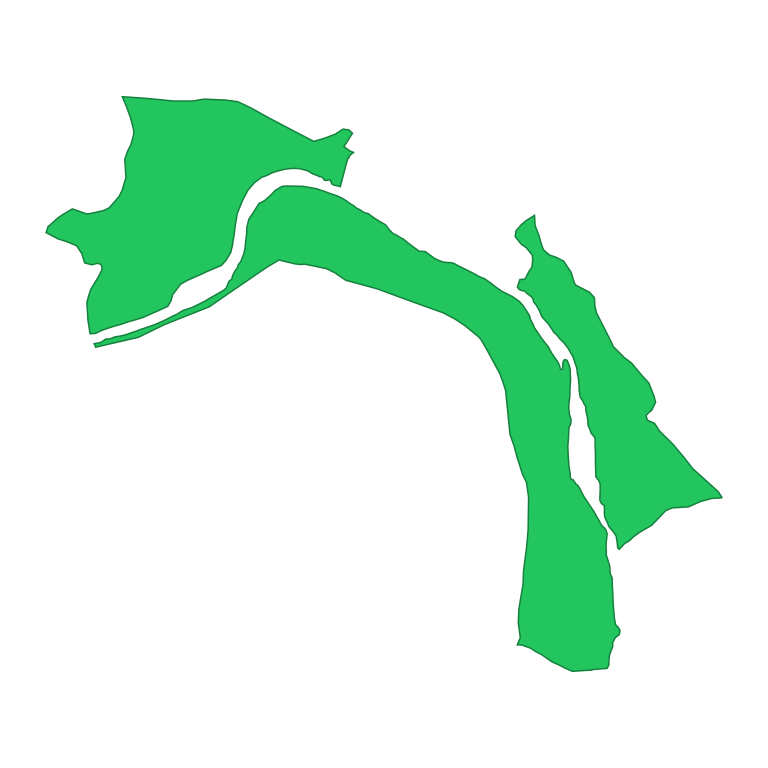 the district of Qina, Qina, Egypt
{"feature_id": "37247803B17837872993253", "entity_name": "Qina", "entity_type": "district", "adm_level": 2, "iso_a3": "EGY", "parent_name": "Egypt", "parent_adm1": "Qina", "projection": "orthographic", "projection_center": [32.69, 26.097], "detail": "fine", "context": "isolated", "style": "filled", "palette": "green", "viewbox_px": 768, "rotation_deg": 0, "n_neighbors": 0, "source": "geoboundaries", "source_scale": "gbopen_adm2", "svg_char_len": 6060}
<svg xmlns="http://www.w3.org/2000/svg" viewBox="0 0 768 768"><path d="M95.6,347.2L121.6,341.2L138.4,337.3L164.4,324.6L209.3,306.8L223.1,297.2L266.9,267.2L279.0,260.0L294.2,263.7L300.0,264.5L304.6,264.2L313.9,266.0L326.7,268.7L335.0,272.9L345.8,280.3L355.0,282.8L377.4,288.9L404.5,298.9L429.1,307.8L443.2,312.8L455.1,319.1L464.7,325.5L465.4,326.0L479.2,337.4L481.7,340.7L488.1,352.0L499.7,373.4L502.3,380.2L505.6,390.4L510.0,434.5L514.1,445.9L517.1,457.4L518.2,460.7L522.6,474.5L526.5,482.4L528.6,497.4L528.1,530.1L526.7,546.4L523.5,571.1L523.1,583.9L520.5,599.2L518.8,609.8L518.3,622.7L520.3,637.7L517.3,644.8L522.4,645.2L530.6,648.2L535.4,651.4L541.4,654.5L552.2,662.0L559.2,665.1L565.2,668.2L572.3,671.3L586.0,670.4L591.8,670.1L592.5,669.6L607.2,668.4L608.9,664.7L608.9,660.5L609.3,656.3L610.8,651.2L612.7,646.7L612.7,642.7L615.2,637.8L619.4,634.4L620.0,630.4L617.9,627.0L615.6,624.7L614.3,617.8L613.2,603.4L612.8,593.9L612.3,584.6L612.1,577.7L610.2,573.6L609.7,566.0L608.1,560.9L607.6,559.0L606.1,554.6L606.4,552.0L606.1,548.2L606.1,543.2L607.2,534.0L605.9,529.9L604.7,528.3L603.7,527.3L602.4,526.3L600.7,523.7L599.1,520.5L597.0,517.2L594.0,511.6L584.1,496.9L580.0,489.0L578.2,485.9L575.7,483.7L573.1,479.8L571.0,479.3L570.3,476.8L570.1,472.9L569.0,466.6L568.3,456.8L567.8,446.1L568.5,438.0L568.9,427.8L570.8,423.8L571.0,419.1L569.3,413.9L568.8,408.0L568.9,403.5L569.8,396.7L570.0,388.8L570.6,378.9L570.3,373.7L570.3,370.4L569.4,366.0L567.4,361.1L566.7,360.0L564.6,359.6L563.5,360.9L562.8,363.3L562.8,368.7L561.4,369.6L560.5,369.2L559.7,366.1L558.0,362.2L553.8,356.2L551.1,352.2L548.5,347.1L544.7,342.4L541.3,337.8L537.7,332.5L534.5,327.9L533.1,324.4L530.5,319.6L529.6,315.8L525.4,309.1L522.1,304.4L519.1,301.2L516.1,299.2L512.9,296.9L508.4,294.5L501.9,291.3L495.5,286.8L490.2,282.6L484.3,278.6L479.2,276.6L475.4,274.4L471.3,272.3L468.6,270.9L457.7,265.5L454.4,263.6L450.9,262.6L448.2,262.6L443.4,262.1L438.5,260.3L434.1,258.2L431.6,256.2L428.8,254.2L425.7,251.9L424.3,251.5L421.3,251.2L419.3,251.2L418.3,250.6L417.3,249.8L414.6,247.9L411.5,245.5L407.4,242.4L403.3,239.1L399.5,237.1L396.8,235.3L393.2,233.7L389.7,230.2L385.7,225.0L383.7,223.7L380.4,221.9L374.6,218.3L368.1,213.5L364.9,212.8L363.5,212.2L361.4,210.7L359.4,209.5L356.3,208.0L354.1,206.0L350.4,203.8L346.0,200.6L342.7,198.5L337.1,195.8L330.5,193.7L324.9,191.5L316.0,188.6L302.8,186.3L285.9,186.0L281.8,186.5L275.1,190.5L271.0,194.9L264.4,200.7L259.0,203.5L253.5,212.2L248.8,219.3L246.9,227.2L246.6,233.6L246.3,237.0L245.6,241.7L245.1,248.0L244.0,253.2L242.7,256.7L241.0,261.0L240.5,261.7L240.5,261.9L238.3,264.6L237.5,267.7L234.8,271.2L232.6,275.7L231.8,279.1L229.0,281.3L227.8,284.1L226.4,287.9L223.6,290.3L214.4,295.6L207.5,299.5L204.9,301.2L192.5,307.3L182.6,310.7L176.5,314.5L173.0,316.0L167.0,319.1L163.7,320.7L157.0,323.7L155.8,324.2L151.1,325.9L147.6,327.1L144.3,328.2L141.2,329.2L135.2,331.5L134.1,331.8L130.0,333.2L127.2,334.3L122.2,335.6L119.9,336.1L114.6,337.0L111.1,338.4L108.7,339.0L105.7,339.0L104.1,340.3L100.7,342.4L98.6,342.9L95.4,343.5L94.1,343.8L95.4,346.1L95.6,347.2ZM90.1,333.8L90.4,333.8L95.5,333.4L100.2,331.1L104.2,329.5L112.2,326.8L122.4,323.9L127.3,322.1L141.9,317.9L159.2,310.3L167.8,306.3L171.1,300.5L172.6,294.8L175.5,291.0L178.1,287.5L180.7,284.1L187.5,280.3L198.4,275.5L208.0,271.1L221.3,265.5L225.9,260.5L230.7,252.6L232.3,246.0L234.0,235.7L235.1,226.5L237.3,213.3L242.6,200.3L248.0,190.1L254.5,182.6L261.9,177.2L266.8,175.5L271.7,173.0L276.3,171.4L284.6,169.2L293.0,168.3L299.8,168.7L307.1,170.6L310.1,172.2L312.6,173.8L316.9,175.4L319.3,176.6L321.7,176.8L323.6,178.9L324.2,180.0L325.6,180.5L328.3,180.0L330.3,180.0L331.8,184.0L333.9,185.1L338.4,186.1L339.8,186.4L340.3,186.7L345.3,167.6L347.7,158.6L349.1,157.7L349.3,155.9L353.5,152.4L350.2,151.1L345.2,147.6L344.0,146.5L347.2,141.6L352.5,133.2L348.8,129.9L343.0,129.1L335.2,134.2L324.0,138.4L313.8,141.4L285.4,126.6L269.8,118.4L250.8,107.9L237.8,101.7L228.8,100.5L226.2,100.1L204.2,99.1L192.8,101.0L173.2,101.0L152.0,98.9L144.3,98.2L122.3,96.7L126.4,106.5L130.6,117.9L133.5,129.4L133.8,134.1L130.9,144.7L127.8,150.7L124.8,159.1L125.9,177.7L122.0,190.7L118.9,196.7L109.2,207.8L103.6,210.5L96.8,212.1L89.9,213.6L86.5,213.9L72.4,208.9L63.5,214.1L57.9,217.9L52.4,222.9L48.0,226.7L46.9,230.2L46.1,232.6L58.0,238.9L67.3,241.8L76.8,245.9L81.9,253.8L84.7,262.9L91.7,264.8L97.4,263.3L100.9,264.3L102.2,267.7L101.3,271.2L98.2,277.2L90.8,289.3L88.8,295.3L86.9,302.4L87.3,309.4L87.6,314.0L87.9,319.8L90.1,333.8ZM721.9,497.4L718.2,491.6L692.8,468.7L684.1,457.6L673.0,444.3L659.6,431.1L654.5,423.3L647.4,420.2L646.0,415.6L649.3,412.0L651.5,410.6L655.6,402.2L654.1,396.5L648.8,382.9L642.6,376.3L631.5,363.0L624.3,357.6L620.7,354.0L613.3,346.6L610.7,340.9L601.6,322.9L596.4,312.7L594.9,305.8L594.4,297.7L589.5,292.2L581.2,288.0L575.3,284.9L573.9,281.5L571.1,272.3L565.8,264.4L563.6,261.1L557.6,258.0L555.3,257.0L549.4,255.0L543.3,249.6L540.6,241.6L539.1,235.9L535.1,225.6L534.5,215.3L525.8,220.9L521.4,224.6L516.0,230.8L515.2,236.6L521.4,244.4L526.2,247.6L529.9,252.1L532.4,255.4L532.7,260.1L531.9,267.1L528.7,271.9L525.6,278.0L524.5,279.2L519.9,279.5L517.4,287.0L519.0,289.3L521.5,290.5L524.5,290.9L527.0,293.5L529.5,295.3L531.7,297.0L533.1,299.4L533.7,302.1L536.0,304.7L539.5,310.8L541.0,314.8L542.3,317.3L548.3,323.8L554.0,332.5L556.6,334.7L560.1,339.2L564.0,342.9L568.1,348.3L573.1,357.0L574.7,361.9L576.8,368.2L577.4,373.6L578.4,378.4L579.0,384.5L579.2,390.3L580.3,397.4L582.7,400.8L584.1,404.0L585.7,406.5L585.9,410.4L587.7,418.8L588.0,425.2L590.0,429.7L591.2,433.2L592.9,435.1L595.0,437.9L595.1,442.1L595.1,447.2L595.4,451.3L595.5,466.2L595.8,472.3L595.9,476.8L598.7,480.5L600.1,483.8L600.2,489.1L599.9,497.2L599.9,500.5L601.5,503.6L604.3,505.6L604.4,510.0L604.4,514.1L604.7,516.6L605.4,518.7L607.2,522.4L608.9,526.5L611.3,529.5L613.6,532.1L616.1,536.1L616.8,540.1L617.3,543.2L617.7,547.9L619.2,549.3L624.8,543.4L629.3,540.8L633.5,536.8L640.4,531.8L651.8,525.2L665.8,510.6L672.3,507.9L685.0,507.1L688.4,506.9L700.8,501.4L712.1,498.4L721.3,497.9L721.9,497.4Z" fill="#22c55e" stroke="#15803d" stroke-width="1.5"/></svg>